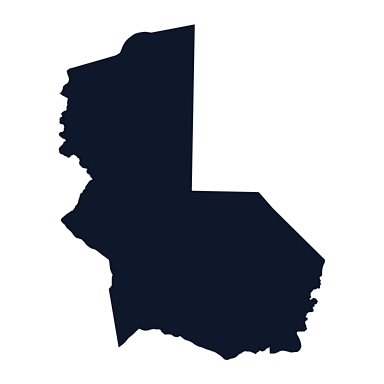 outline of Evinayong, Centro Sur, Equatorial Guinea, rotated 91°
{"feature_id": "11065452B18175278434840", "entity_name": "Evinayong", "entity_type": "district", "adm_level": 2, "iso_a3": "GNQ", "parent_name": "Equatorial Guinea", "parent_adm1": "Centro Sur", "projection": "robinson", "projection_center": [10.451, 1.358], "detail": "fine", "context": "isolated", "style": "filled", "palette": "ink", "viewbox_px": 384, "rotation_deg": 91, "n_neighbors": 0, "source": "geoboundaries", "source_scale": "gbopen_adm2", "svg_char_len": 6027}
<svg xmlns="http://www.w3.org/2000/svg" viewBox="0 0 384 384"><g transform="rotate(91 192 192)"><path d="M257.8,58.6L207.4,111.4L191.7,125.6L191.5,193.0L25.3,192.9L34.1,235.3L33.4,241.6L33.7,244.5L34.4,248.2L35.4,251.3L36.8,253.6L39.8,257.4L42.3,259.9L45.3,262.0L48.3,263.4L51.6,264.6L54.6,265.8L57.5,270.5L70.9,314.3L71.5,316.5L73.4,318.6L75.8,318.0L77.3,317.3L81.0,316.1L83.7,316.5L86.0,317.9L87.4,320.4L89.2,322.1L91.6,322.3L95.6,324.3L95.7,324.7L96.9,323.1L99.3,318.4L100.1,317.2L100.3,317.1L100.9,317.0L104.0,317.6L104.9,317.7L105.8,317.6L107.1,317.2L107.3,317.3L108.3,317.9L109.3,318.2L110.2,318.3L110.5,318.2L111.1,317.9L111.6,317.8L112.5,318.4L113.9,318.8L114.0,319.0L113.7,319.9L113.7,320.4L113.9,320.9L114.3,321.5L114.8,321.7L114.9,322.2L115.0,322.5L115.5,323.0L115.9,323.3L116.3,323.2L116.8,323.1L118.0,322.6L119.1,322.0L120.4,321.6L120.0,322.4L119.9,322.8L119.8,323.2L119.9,323.7L120.2,324.3L120.4,324.6L120.9,324.8L121.6,325.0L122.1,324.9L122.4,324.7L122.8,324.4L123.2,324.7L124.2,325.0L124.6,325.0L124.9,324.9L125.3,324.7L125.6,324.3L125.7,324.0L125.8,323.5L125.7,322.4L125.5,321.4L126.3,321.4L126.5,321.3L127.0,320.8L127.2,320.5L127.2,320.1L127.7,320.4L128.1,320.4L128.8,320.3L129.7,319.9L129.9,319.9L130.5,320.3L131.0,320.5L132.0,320.6L132.7,320.5L133.8,320.3L134.0,321.3L134.2,321.6L135.2,322.7L135.0,323.4L135.0,323.9L135.2,324.4L135.8,325.0L136.2,325.2L136.7,325.4L137.2,325.2L137.9,324.7L138.1,324.5L138.8,323.4L139.9,322.1L140.1,321.8L140.2,321.3L140.2,320.9L140.1,320.4L141.5,319.0L141.8,318.5L142.2,317.6L142.3,317.2L142.7,317.7L143.5,318.7L144.0,319.1L144.3,319.4L144.4,319.9L144.7,320.5L145.1,320.7L145.6,320.9L146.1,320.9L146.7,321.0L147.7,322.2L149.7,324.2L150.7,324.9L151.3,325.2L151.7,325.2L152.5,324.9L154.5,324.6L154.9,324.4L155.4,323.9L155.7,323.2L155.8,322.6L156.1,321.6L156.8,320.4L157.2,320.0L157.6,319.4L157.7,318.9L157.7,318.4L157.6,318.0L157.3,317.6L156.9,317.3L157.5,317.5L158.0,317.5L158.4,317.3L158.7,317.0L158.9,316.7L159.1,316.2L159.0,315.6L158.9,315.4L158.6,315.0L156.7,313.8L156.8,313.1L156.5,312.4L156.0,311.8L155.6,311.4L156.3,310.2L157.3,308.1L157.6,307.7L158.9,306.8L159.2,306.5L159.6,305.8L159.7,305.4L159.7,304.4L160.6,304.6L161.4,304.5L161.8,304.2L162.4,303.5L163.1,304.2L164.0,304.6L165.3,304.5L165.8,304.4L166.4,304.2L166.7,304.0L167.0,303.7L167.7,302.5L168.4,302.2L168.6,302.0L168.9,301.6L169.1,301.3L169.3,300.6L169.1,300.0L169.2,299.7L169.6,298.9L169.7,297.9L169.6,296.8L169.7,296.6L170.0,296.2L170.3,296.4L170.7,296.5L171.0,296.5L171.6,296.3L171.9,296.6L172.2,296.8L172.9,297.1L173.5,297.1L174.3,296.8L174.6,296.5L175.0,296.0L175.2,295.7L175.6,294.6L175.6,294.1L176.1,293.9L176.7,293.8L177.0,293.6L177.4,293.4L178.1,293.2L178.5,293.0L178.9,292.4L179.0,291.8L179.0,291.4L180.0,291.4L180.4,291.3L181.0,290.9L181.3,290.5L181.8,290.6L182.2,292.1L182.9,293.7L183.2,294.1L184.8,295.3L185.8,295.8L186.7,296.5L187.1,296.7L187.7,296.8L187.9,297.4L188.3,297.7L188.9,298.0L189.3,298.1L190.7,298.1L191.4,298.3L191.6,299.0L191.9,299.5L192.9,300.4L193.3,300.5L194.6,300.4L194.9,300.6L195.4,302.1L195.7,302.5L197.1,303.3L198.3,303.5L199.3,303.6L200.6,304.2L202.9,304.8L204.8,305.1L206.7,306.0L207.6,306.8L208.4,307.7L208.8,307.9L209.8,308.2L211.0,308.9L212.1,309.6L213.2,310.6L213.6,311.1L213.6,311.7L213.8,312.2L215.6,314.5L216.4,315.9L218.1,317.9L221.2,321.4L222.0,321.9L222.4,321.9L224.0,320.9L225.0,319.9L225.8,318.9L226.7,317.9L228.8,316.6L229.7,315.9L232.8,312.2L234.1,311.0L237.3,308.6L238.5,307.5L239.1,306.5L239.2,306.2L239.9,303.7L240.2,302.5L240.6,301.4L241.3,300.5L244.0,297.8L245.5,296.7L246.6,295.7L248.3,293.4L249.5,291.3L250.4,287.9L252.6,284.4L254.8,281.7L260.9,273.2L263.0,272.8L270.5,271.8L275.1,269.9L275.9,268.9L278.5,269.9L283.5,269.9L287.0,269.8L290.7,272.7L347.4,262.1L344.5,258.5L342.2,256.2L338.8,253.6L335.2,249.4L328.6,242.8L330.3,238.7L330.7,236.2L330.7,235.9L330.3,233.3L329.5,231.1L329.1,229.1L328.8,227.3L329.3,225.7L329.3,225.3L329.1,223.7L329.1,222.9L329.4,221.2L329.6,220.7L331.2,219.9L332.6,218.6L334.2,216.6L334.3,216.3L334.0,213.7L334.1,210.4L335.0,208.8L335.9,207.6L336.6,205.4L336.5,203.6L335.8,202.6L335.5,201.7L335.7,200.9L336.4,199.7L338.8,196.8L339.6,194.7L340.3,192.1L341.9,188.9L344.0,185.9L345.6,182.6L346.3,179.7L347.0,177.7L348.4,174.4L348.7,173.0L349.4,170.8L350.2,168.6L350.8,166.5L351.7,164.7L353.2,162.5L354.0,160.9L356.4,158.1L358.0,156.5L358.7,154.2L358.0,152.3L357.2,150.3L356.8,148.4L356.2,146.5L355.2,145.0L353.5,143.4L352.2,141.6L351.9,140.4L351.3,139.6L350.4,139.0L349.7,136.6L349.2,135.7L349.8,134.1L349.7,131.4L351.1,127.6L352.1,125.6L351.0,125.1L350.5,124.2L349.9,123.1L349.7,122.9L348.9,122.3L347.9,121.8L347.7,121.7L348.4,121.1L348.9,120.5L349.3,119.8L349.4,119.4L349.3,118.3L349.1,117.8L348.4,116.6L348.0,116.3L347.1,115.8L346.8,115.5L346.4,114.5L346.0,113.6L345.8,113.3L344.9,112.5L343.9,111.1L351.4,110.7L351.3,106.5L350.3,104.2L348.7,101.2L348.2,98.3L348.6,95.7L349.5,91.8L350.0,90.1L349.5,86.6L349.3,83.9L347.4,81.8L344.5,80.7L341.9,81.1L338.3,82.2L335.8,83.4L333.2,85.0L331.0,85.8L329.0,84.6L328.7,77.2L328.1,76.9L327.3,75.9L326.9,75.3L324.9,76.3L323.9,76.1L322.8,76.8L321.7,77.1L319.1,77.4L318.1,76.2L317.5,75.1L316.5,74.9L315.7,76.9L314.3,77.4L313.6,76.3L312.1,75.9L311.4,75.9L310.6,74.9L310.0,74.3L309.5,73.4L309.2,71.9L309.2,70.2L308.7,69.1L307.3,69.4L306.5,69.7L306.2,70.4L305.6,70.6L305.0,70.2L304.4,69.0L303.9,68.5L303.4,68.2L302.7,68.5L302.0,68.4L301.4,67.1L301.2,66.0L299.9,65.7L299.2,65.0L298.6,65.6L297.5,66.3L296.7,67.6L296.6,68.4L297.0,69.3L297.7,70.1L298.4,71.1L298.5,71.9L298.1,72.7L297.2,73.8L296.4,74.1L295.8,72.9L295.7,72.3L294.8,71.8L294.0,72.3L290.8,72.4L288.6,70.7L287.7,69.8L286.6,69.1L285.6,68.6L285.8,68.3L286.4,68.1L286.6,67.3L285.9,66.1L285.0,65.3L285.3,64.3L285.6,63.8L285.5,63.2L284.0,63.1L283.3,63.2L283.0,62.9L281.5,62.2L280.5,62.9L279.9,63.5L279.1,63.3L278.8,62.5L278.4,62.4L277.4,63.4L276.2,63.4L275.0,63.9L274.1,63.2L273.5,61.8L272.6,61.2L269.7,61.3L268.0,61.2L265.3,60.8L264.2,60.5L262.3,59.9L260.1,58.8L257.8,58.6Z" fill="#0f172a" stroke="#020617" stroke-width="1.5"/></g></svg>